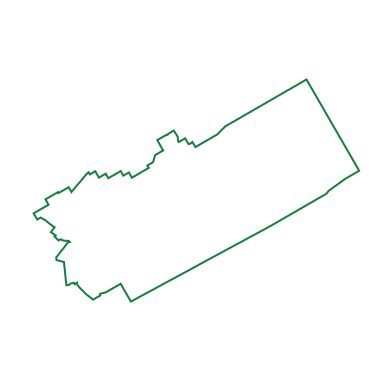 outline of Mukinbudin, Western Australia, Australia, rotated 60°
{"feature_id": "25037944B31087465274776", "entity_name": "Mukinbudin", "entity_type": "district", "adm_level": 2, "iso_a3": "AUS", "parent_name": "Australia", "parent_adm1": "Western Australia", "projection": "natural_earth1", "projection_center": [118.269, -30.637], "detail": "fine", "context": "isolated", "style": "outline", "palette": "green", "viewbox_px": 384, "rotation_deg": 60, "n_neighbors": 0, "source": "geoboundaries", "source_scale": "gbopen_adm2", "svg_char_len": 2343}
<svg xmlns="http://www.w3.org/2000/svg" viewBox="0 0 384 384"><g transform="rotate(60 192 192)"><path d="M125.1,308.1L125.1,315.3L125.1,322.6L131.3,322.6L131.3,339.8L138.5,339.8L138.4,335.9L139.5,335.3L141.8,334.0L142.9,333.2L148.1,331.3L150.1,330.4L152.2,329.5L153.8,328.6L155.2,331.9L156.2,334.3L161.6,331.8L161.9,333.3L167.3,331.8L167.1,330.6L167.7,328.7L168.8,328.6L171.0,326.0L172.8,323.1L174.2,322.9L173.6,324.6L176.2,330.8L177.4,333.9L178.1,335.7L180.7,342.0L180.9,342.5L181.3,342.6L181.5,342.7L183.1,343.1L183.3,343.3L185.0,341.6L187.7,338.8L188.6,337.9L189.9,338.5L195.0,340.7L199.8,342.9L202.2,344.0L207.7,346.4L210.0,347.4L210.4,346.5L211.0,344.8L210.6,343.1L211.4,339.8L213.1,339.8L213.1,336.9L214.8,337.7L218.5,337.2L226.1,335.2L227.6,334.8L228.8,334.3L230.0,333.8L231.6,333.1L234.3,332.0L235.8,331.5L235.8,329.1L235.7,329.0L235.7,328.7L235.6,327.2L235.8,326.7L235.8,323.4L235.7,323.1L234.2,322.6L234.3,322.1L235.8,316.7L235.8,299.7L256.3,299.7L256.4,298.6L256.5,295.1L256.6,288.6L256.7,286.0L256.9,280.2L257.2,268.7L257.3,264.4L257.4,260.0L257.7,251.2L258.0,240.6L258.3,228.8L258.4,224.9L258.5,219.7L258.7,212.4L259.2,194.0L259.7,177.0L259.8,174.8L260.1,162.5L260.4,152.1L260.5,147.6L260.6,142.9L260.7,140.3L260.7,124.6L260.7,109.0L260.7,76.7L259.3,72.9L258.6,66.1L258.5,65.1L257.2,52.2L257.2,41.0L257.2,36.6L251.1,36.6L245.0,36.6L240.4,36.6L237.4,36.6L231.3,36.6L225.1,36.6L220.6,36.6L217.5,36.6L212.9,36.6L209.9,36.6L203.8,36.6L197.6,36.6L191.5,36.6L188.5,36.6L183.9,36.6L177.8,36.6L171.7,36.6L165.6,36.6L159.5,36.6L154.9,36.6L151.8,36.6L151.8,48.5L151.8,83.1L151.8,112.9L151.8,130.1L152.0,130.8L151.9,130.8L154.8,141.3L154.8,153.0L154.8,155.2L154.8,166.6L148.8,166.6L148.8,166.8L149.3,168.5L148.8,171.1L145.0,171.1L142.1,171.1L142.1,178.5L140.7,178.5L137.1,176.8L129.7,177.0L129.7,183.6L130.2,184.4L130.1,185.1L129.7,186.1L129.7,196.1L135.2,196.2L139.4,196.2L141.6,196.2L141.6,205.4L146.7,210.8L146.7,217.4L149.5,217.4L149.5,224.6L149.5,225.7L149.6,236.9L143.5,236.9L143.5,243.3L138.2,243.3L138.3,250.6L138.2,250.6L138.2,257.6L134.8,257.6L134.5,257.8L134.2,257.6L133.0,257.6L133.0,265.4L125.7,265.4L125.7,271.7L124.9,271.7L124.7,271.7L123.3,271.7L123.4,272.4L123.6,274.0L125.4,278.9L126.7,282.4L129.1,289.2L131.5,295.8L131.8,296.4L126.2,296.4L126.2,308.1L125.1,308.1Z" fill="none" stroke="#15803d" stroke-width="2"/></g></svg>